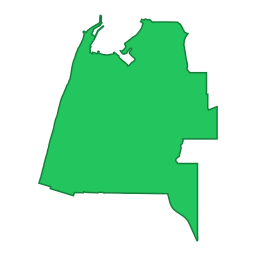 Bunbury, Western Australia, Australia (Natural Earth projection)
{"feature_id": "25037944B68706686187302", "entity_name": "Bunbury", "entity_type": "district", "adm_level": 2, "iso_a3": "AUS", "parent_name": "Australia", "parent_adm1": "Western Australia", "projection": "natural_earth1", "projection_center": [115.658, -33.355], "detail": "fine", "context": "isolated", "style": "filled", "palette": "green", "viewbox_px": 256, "rotation_deg": 0, "n_neighbors": 0, "source": "geoboundaries", "source_scale": "gbopen_adm2", "svg_char_len": 5356}
<svg xmlns="http://www.w3.org/2000/svg" viewBox="0 0 256 256"><path d="M141.8,19.3L141.1,20.8L140.6,21.7L143.0,23.2L142.7,24.2L142.0,26.8L141.7,27.8L141.2,28.8L139.7,30.9L138.2,32.8L137.2,34.1L136.2,35.1L135.3,35.8L134.9,36.0L133.5,36.8L133.2,37.0L131.3,38.5L130.6,39.2L129.8,39.7L127.4,41.6L125.6,42.8L124.7,43.5L124.6,44.2L125.5,45.5L125.7,46.6L125.7,47.0L125.2,47.9L124.7,48.6L124.0,49.4L123.3,50.0L122.5,50.6L121.7,51.3L121.1,51.4L120.9,51.3L120.5,50.7L120.3,50.8L122.4,53.7L123.6,54.1L124.5,54.0L124.6,53.4L125.0,53.4L126.0,53.5L126.3,53.3L126.5,53.2L126.8,52.9L127.7,51.1L128.1,50.4L129.8,48.8L130.2,48.5L130.4,48.4L130.5,48.4L131.0,48.1L131.4,48.3L131.6,48.8L131.5,49.3L131.4,49.5L131.3,49.8L130.7,50.4L130.0,51.0L129.5,51.6L129.4,51.8L129.4,53.2L129.6,53.6L130.5,54.3L131.1,55.2L131.8,55.9L133.0,57.0L134.2,58.0L135.0,59.0L135.1,59.3L134.9,59.8L134.2,60.7L134.0,61.0L133.4,61.5L131.2,63.0L129.3,65.4L128.4,66.1L128.1,66.2L127.9,66.0L127.6,65.5L127.8,65.2L124.4,62.0L124.2,62.2L119.2,57.6L118.7,55.8L114.2,52.3L113.7,52.6L114.0,53.2L113.3,53.9L113.1,54.0L112.3,54.1L109.0,54.7L107.1,55.0L105.9,54.9L104.2,54.8L102.9,54.5L101.7,54.2L99.1,53.2L98.8,53.0L98.7,52.8L98.6,52.5L99.1,51.5L98.4,51.2L98.0,51.4L97.2,53.7L96.0,53.4L95.2,53.0L93.6,52.5L93.2,52.6L92.8,52.4L92.6,53.7L92.2,53.5L91.8,53.5L91.5,53.4L91.1,53.0L90.0,52.5L90.2,52.2L90.3,52.0L90.3,51.9L90.3,51.6L90.2,50.0L90.2,49.9L89.9,49.8L90.1,48.4L90.2,48.0L90.1,47.9L90.8,47.0L90.7,47.0L90.6,46.8L90.3,46.5L90.3,46.2L90.4,45.5L90.5,44.9L90.7,44.5L90.9,44.5L94.5,38.8L98.2,30.9L103.5,26.5L103.2,26.0L97.7,30.6L95.0,36.8L94.9,36.9L94.8,37.1L94.6,36.5L94.5,36.3L94.1,35.8L91.6,34.3L93.9,28.9L100.1,25.3L100.0,24.8L100.3,24.9L100.5,24.6L100.6,24.1L100.8,24.0L101.5,23.5L101.9,22.9L101.9,22.7L101.6,22.6L101.0,22.7L100.9,22.6L100.8,22.4L101.1,22.0L101.2,21.1L101.3,19.0L101.4,17.0L101.4,16.6L101.1,15.9L101.0,15.6L100.8,15.4L100.7,15.4L100.3,15.4L100.2,15.6L100.0,16.2L99.9,19.0L99.7,21.4L99.7,21.8L99.4,22.6L99.0,23.2L98.9,23.3L98.3,23.8L98.1,23.9L96.9,24.4L96.0,24.8L95.4,25.3L92.2,27.1L91.7,27.5L90.9,28.2L90.2,28.7L89.1,29.4L88.2,30.0L87.8,30.4L87.1,31.1L86.8,31.7L86.5,32.3L86.4,32.4L86.0,32.4L85.8,32.3L84.4,31.3L83.8,31.3L83.6,31.3L83.3,31.7L83.2,32.1L83.3,32.3L83.8,33.1L84.3,33.7L83.8,35.8L83.4,37.6L82.7,39.9L82.0,41.3L81.8,41.5L81.2,43.1L81.0,43.3L80.3,44.6L79.7,46.1L79.3,46.7L78.5,47.7L77.8,49.1L77.4,50.3L77.1,51.1L75.8,54.3L75.6,55.1L75.3,56.2L74.6,58.6L73.9,60.1L73.5,61.1L72.9,63.4L72.5,65.0L72.0,67.4L71.7,69.0L71.6,70.0L71.1,73.1L70.0,79.1L69.7,79.8L69.3,80.2L68.9,81.2L68.8,82.0L68.7,82.3L68.5,82.9L68.4,83.2L68.1,83.7L67.4,84.7L67.1,85.0L66.9,85.4L66.7,85.8L66.1,87.6L65.6,88.7L64.3,91.9L63.4,94.1L62.2,96.6L61.2,99.2L60.0,103.5L59.4,106.1L58.8,107.9L58.2,110.9L57.5,114.1L56.7,116.7L56.0,118.2L55.8,118.8L55.5,119.6L54.9,122.3L54.5,123.8L54.3,124.2L54.0,126.9L53.7,128.1L52.6,132.0L51.9,134.5L51.2,136.5L50.9,137.8L50.6,138.8L50.3,139.5L49.6,142.1L49.5,142.6L49.2,144.1L48.9,145.2L48.7,147.0L48.6,147.5L47.7,150.0L47.2,152.9L47.0,153.6L46.5,155.1L45.9,157.0L45.2,159.8L45.1,160.1L44.1,164.0L43.5,166.8L43.2,167.9L42.5,170.4L42.0,172.6L41.3,175.1L41.1,176.2L40.8,177.6L40.4,178.4L40.1,179.4L39.8,180.3L39.2,182.3L38.9,183.2L50.8,186.7L50.2,188.6L73.5,195.7L74.4,192.6L83.4,192.7L83.6,191.7L84.0,192.0L84.8,192.1L88.0,192.5L96.0,192.7L96.8,192.7L97.5,192.8L98.0,192.8L98.9,192.4L103.0,192.4L103.2,192.5L103.7,192.9L104.4,193.0L105.6,192.9L106.3,192.8L120.4,193.0L125.8,193.2L138.9,193.3L152.7,193.5L167.7,193.7L170.1,203.0L171.0,205.2L172.1,207.3L172.6,208.0L173.2,208.7L173.7,209.3L174.5,210.0L176.2,211.4L180.5,214.2L183.7,216.5L185.4,217.9L186.6,219.2L188.1,221.2L189.1,223.1L196.2,238.9L196.9,240.6L197.4,240.6L197.5,240.6L197.6,240.3L197.7,236.0L197.5,235.7L197.5,163.5L177.5,163.5L177.2,162.5L176.6,162.0L176.4,161.8L175.8,161.0L175.7,160.7L175.7,160.4L175.9,159.5L176.2,158.7L176.3,158.5L176.9,158.0L177.8,157.3L178.9,156.6L179.3,156.2L179.4,155.8L179.5,155.5L179.5,154.5L179.6,154.0L180.2,152.1L180.5,151.3L180.5,150.2L180.6,149.9L180.8,149.6L181.0,148.8L181.1,148.5L181.0,147.3L181.0,147.1L180.8,146.4L180.7,145.4L180.8,145.2L181.1,144.8L181.7,144.2L182.0,143.9L182.4,143.3L182.5,143.0L182.6,142.6L182.6,141.9L182.8,141.6L182.9,141.3L183.0,141.0L183.0,140.6L183.0,139.8L182.8,138.9L217.1,138.9L217.1,106.6L208.5,110.0L207.9,108.4L207.7,107.7L207.8,94.3L207.4,94.4L206.5,94.4L206.5,72.7L189.8,72.7L187.6,70.2L187.4,70.2L187.1,69.7L187.0,68.8L187.5,66.0L187.5,65.3L187.4,64.6L186.8,61.4L186.5,60.3L186.4,60.1L185.9,57.3L185.3,53.3L184.7,49.6L184.3,47.0L184.0,45.5L183.6,45.0L183.5,44.7L183.7,44.3L183.9,43.9L184.0,43.1L184.1,42.0L184.2,41.0L184.4,40.2L184.6,39.5L184.9,38.6L185.6,37.0L185.8,36.6L187.5,34.2L187.8,33.8L187.9,33.6L187.1,33.5L186.9,33.3L186.6,33.2L186.2,33.1L185.5,32.7L184.7,32.2L184.0,31.2L183.9,30.9L183.8,30.7L183.6,30.1L183.5,29.9L183.5,29.7L183.5,29.8L183.3,29.7L183.2,29.6L183.0,29.2L182.8,28.6L182.4,28.2L182.4,27.7L182.0,27.4L181.9,26.9L181.0,25.3L180.0,24.0L179.6,24.0L179.5,23.9L179.4,23.7L178.4,23.2L178.2,22.9L178.1,22.6L178.0,22.4L177.7,22.2L176.9,22.2L166.3,22.0L153.8,22.0L153.5,22.1L153.2,22.4L152.6,22.4L152.3,22.2L151.6,21.5L150.9,20.6L150.5,20.2L149.5,19.7L148.8,19.6L147.6,19.7L146.9,19.6L145.7,19.1L145.2,19.0L144.8,19.4L144.7,19.6L144.4,19.9L144.3,20.0L143.8,20.0L141.8,19.3Z" fill="#22c55e" stroke="#15803d" stroke-width="1.5"/></svg>